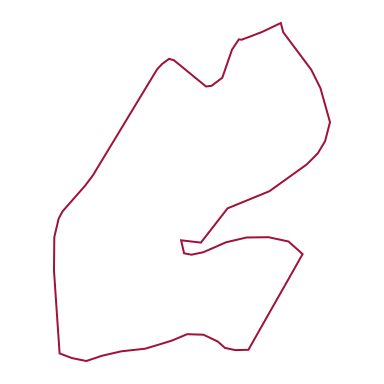 SVG path tracing the border of Djibouti
{"feature_id": "DJI", "entity_name": "Djibouti", "entity_type": "country or territory", "adm_level": 0, "iso_a3": "DJI", "parent_name": "Africa", "parent_adm1": "", "projection": "robinson", "projection_center": [42.635, 11.825], "detail": "fine", "context": "isolated", "style": "outline", "palette": "rose", "viewbox_px": 384, "rotation_deg": 0, "n_neighbors": 0, "source": "natural_earth", "source_scale": "50m", "svg_char_len": 773}
<svg xmlns="http://www.w3.org/2000/svg" viewBox="0 0 384 384"><path d="M302.6,254.1L288.1,279.8L269.5,312.5L248.4,349.8L235.2,350.1L224.9,347.9L217.9,341.6L203.4,334.7L187.1,334.2L171.6,340.7L145.2,348.7L121.4,351.3L102.2,355.7L86.3,361.0L72.0,358.1L59.6,353.4L56.9,313.8L54.0,270.7L54.3,237.1L58.7,218.5L62.6,211.3L85.1,185.7L92.9,175.3L118.6,132.9L140.6,96.5L157.1,69.3L162.1,64.0L169.1,58.8L174.0,60.3L206.0,86.5L211.6,85.8L222.3,77.7L232.0,49.7L238.8,39.4L241.7,39.7L262.2,31.9L280.8,23.0L283.2,32.2L311.3,69.8L320.5,88.3L330.0,122.2L325.1,141.1L317.8,153.3L306.9,164.3L269.4,191.2L227.6,208.3L200.9,242.6L181.1,240.3L184.1,253.3L191.5,254.7L203.1,252.3L226.0,242.3L246.5,237.5L268.5,237.2L288.5,241.5L302.6,254.1Z" fill="none" stroke="#9f1239" stroke-width="2"/></svg>